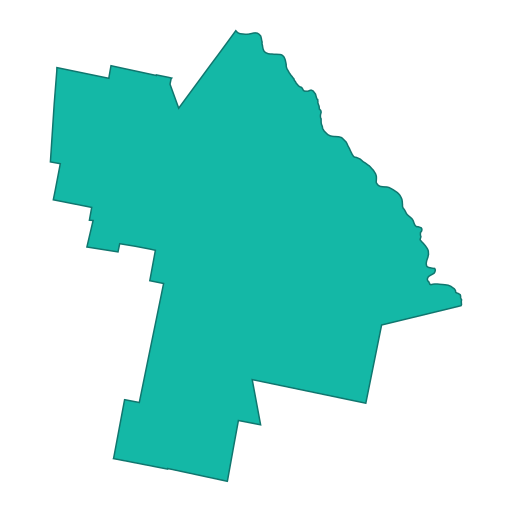 outline of Capital, Santiago del Estero, Argentina
{"feature_id": "61730980B71875580954916", "entity_name": "Capital", "entity_type": "district", "adm_level": 2, "iso_a3": "ARG", "parent_name": "Argentina", "parent_adm1": "Santiago del Estero", "projection": "orthographic", "projection_center": [-64.309, -27.9], "detail": "fine", "context": "isolated", "style": "filled", "palette": "teal", "viewbox_px": 512, "rotation_deg": 0, "n_neighbors": 0, "source": "geoboundaries", "source_scale": "gbopen_adm2", "svg_char_len": 3882}
<svg xmlns="http://www.w3.org/2000/svg" viewBox="0 0 512 512"><path d="M205.5,476.6L227.3,481.3L227.4,481.1L230.7,462.8L234.0,444.5L238.4,420.5L260.6,424.8L252.2,379.6L365.8,403.2L381.6,325.0L391.5,322.6L398.5,320.9L461.0,305.7L461.5,304.7L461.4,303.3L461.3,301.3L461.6,299.8L461.0,298.8L460.6,297.8L460.6,296.0L460.2,294.7L458.3,293.5L456.6,292.9L455.7,292.3L455.6,291.4L455.4,290.4L454.3,288.8L452.3,287.4L450.8,286.3L448.1,285.2L445.4,284.8L442.5,284.5L439.8,284.3L437.3,284.0L434.9,284.0L433.0,284.2L430.9,284.7L429.8,284.3L429.6,283.4L429.0,282.5L428.8,281.8L427.9,281.0L427.5,280.2L427.3,279.1L427.6,278.2L428.1,277.1L429.0,276.2L430.1,275.5L431.4,274.8L433.2,273.8L434.1,273.2L434.7,272.3L435.1,271.2L435.3,270.0L435.0,269.1L434.6,268.4L433.5,268.4L432.1,268.2L430.4,267.8L428.8,267.5L427.5,266.9L426.7,266.2L426.4,264.8L426.2,263.7L426.4,262.2L426.6,261.1L426.9,260.0L427.5,258.3L427.9,257.2L428.2,255.6L428.5,254.4L428.4,252.8L428.3,251.0L427.7,249.4L427.1,248.3L426.4,247.3L425.6,246.1L424.8,245.1L424.1,244.3L423.3,243.3L422.2,242.3L421.3,241.2L420.4,240.3L420.1,239.4L420.3,238.7L420.7,237.5L420.9,236.6L420.6,235.8L420.4,235.0L420.4,233.9L420.5,232.4L421.4,231.5L421.8,230.4L421.9,229.1L421.3,227.9L419.8,227.3L418.0,226.7L416.6,226.7L415.3,225.7L414.6,224.5L413.9,222.8L413.3,221.0L412.6,219.7L411.9,218.7L410.5,217.4L409.0,216.2L407.3,214.7L406.4,213.5L405.3,211.3L404.4,209.7L403.0,207.9L402.5,206.3L402.5,204.6L402.4,203.6L402.3,201.7L401.9,199.3L401.1,197.5L399.9,195.3L398.8,194.0L397.4,192.6L394.9,190.9L393.1,189.7L391.3,188.7L390.7,188.4L389.0,187.5L386.9,187.0L385.0,186.9L384.2,186.9L381.6,186.6L380.0,186.3L378.3,185.4L377.0,183.8L376.3,182.7L376.2,181.8L376.3,180.6L376.4,178.8L376.4,176.8L376.1,175.4L375.5,173.7L374.5,172.1L373.4,170.3L371.7,168.5L370.3,166.9L369.5,166.1L369.2,165.8L368.1,165.1L365.3,163.0L363.1,161.7L361.7,160.4L360.2,159.1L358.2,158.2L356.3,157.4L354.4,157.1L353.4,156.2L352.2,154.4L350.5,151.0L349.4,148.5L347.9,145.8L347.1,143.9L346.1,142.0L344.4,140.3L342.8,138.7L341.6,137.6L338.9,136.8L336.4,136.6L334.1,136.5L332.2,136.3L330.1,135.8L327.9,134.7L326.7,133.6L325.4,132.3L324.1,131.0L323.3,129.6L322.6,128.6L322.5,127.5L322.3,126.4L321.5,124.4L321.2,123.0L321.1,121.2L321.1,120.5L321.1,119.8L321.1,118.8L320.7,118.2L320.5,117.2L320.4,116.0L320.5,114.7L320.8,113.5L321.1,112.5L321.0,111.2L320.6,110.3L320.1,109.8L319.4,109.1L319.3,108.1L319.2,107.2L319.1,106.4L318.8,105.4L318.4,104.5L318.1,103.6L317.8,102.5L317.9,101.6L317.8,100.5L317.7,99.5L317.0,99.1L316.6,98.0L316.3,97.1L315.9,95.6L315.5,94.1L314.0,92.1L313.0,90.9L311.1,90.1L309.9,90.4L308.0,91.2L306.1,91.2L304.4,91.1L303.2,90.1L302.3,88.3L301.4,87.3L300.1,86.9L298.5,85.9L297.4,84.5L296.2,83.2L295.4,81.6L294.3,80.3L293.9,78.8L292.7,77.5L292.0,76.4L291.1,75.5L290.0,73.8L289.2,72.8L288.6,71.6L287.6,69.9L286.9,68.7L286.5,67.4L286.2,66.2L286.2,64.6L285.9,63.0L285.3,60.2L284.9,59.0L284.0,57.0L283.0,55.9L281.7,54.9L280.1,54.5L278.2,54.4L276.5,54.3L274.1,54.3L271.9,54.0L270.2,54.0L268.2,53.7L266.7,53.1L265.8,52.7L264.6,51.8L263.8,50.8L263.0,48.7L262.7,47.2L262.5,45.7L262.0,43.7L262.1,42.0L261.6,40.1L261.4,38.7L261.1,37.5L260.7,36.0L259.1,34.3L257.4,33.2L255.6,32.9L253.7,33.0L251.6,33.5L249.7,33.9L248.3,34.2L245.6,34.3L242.9,34.0L240.9,33.8L239.7,33.6L238.1,32.9L237.2,32.2L236.4,31.4L235.8,30.7L226.3,43.7L217.7,55.4L211.1,64.2L178.7,108.2L170.0,84.2L171.1,78.8L171.7,78.1L168.3,77.3L156.4,74.9L156.3,75.5L136.9,71.3L124.3,68.6L111.0,65.7L108.8,78.2L108.8,78.3L56.9,67.6L56.8,70.9L54.2,103.9L50.4,161.9L60.3,163.7L55.2,190.4L53.3,199.8L91.7,207.4L89.4,220.2L93.1,220.5L86.9,247.0L118.0,251.9L119.7,243.7L135.5,246.3L150.1,249.1L155.4,250.3L149.8,280.7L163.6,283.5L156.4,318.9L147.9,360.3L139.3,402.5L124.8,399.7L124.6,399.7L122.1,413.0L113.6,458.4L113.5,458.6L167.6,469.1L167.7,468.5L188.8,473.0L205.5,476.6Z" fill="#14b8a6" stroke="#0f766e" stroke-width="1.5"/></svg>